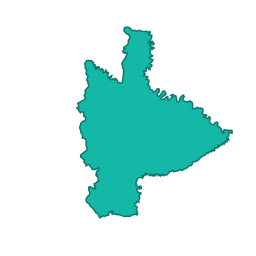 the district of Likolobeng, Maseru, Lesotho, rotated 317°
{"feature_id": "5366337B98429078950414", "entity_name": "Likolobeng", "entity_type": "district", "adm_level": 2, "iso_a3": "LSO", "parent_name": "Lesotho", "parent_adm1": "Maseru", "projection": "robinson", "projection_center": [27.995, -29.48], "detail": "fine", "context": "isolated", "style": "filled", "palette": "teal", "viewbox_px": 256, "rotation_deg": 317, "n_neighbors": 0, "source": "geoboundaries", "source_scale": "gbopen_adm2", "svg_char_len": 5877}
<svg xmlns="http://www.w3.org/2000/svg" viewBox="0 0 256 256"><g transform="rotate(317 128 128)"><path d="M194.2,204.6L193.4,203.0L193.6,202.4L196.2,202.6L198.6,199.8L200.6,202.8L202.1,201.3L202.1,200.4L197.9,196.1L197.4,195.0L196.3,195.1L194.9,196.7L193.7,196.3L195.4,192.4L195.6,190.2L194.8,187.3L196.7,186.2L197.4,185.2L197.0,184.3L195.5,183.6L192.7,184.0L192.0,183.1L191.4,180.5L192.0,178.8L194.7,177.0L195.3,175.8L194.7,175.0L192.9,175.6L190.8,171.3L191.4,171.1L193.0,172.6L194.2,172.4L194.1,171.7L192.7,170.4L192.2,167.9L195.1,166.2L195.7,164.6L195.4,163.7L193.4,161.9L192.7,160.2L189.3,159.0L188.9,158.3L189.1,157.1L191.8,154.3L192.4,152.2L191.5,150.2L189.6,149.7L188.0,148.4L187.3,145.6L187.8,144.2L190.5,143.4L191.0,141.9L189.6,141.3L187.9,141.3L185.9,141.9L184.3,143.3L182.0,143.1L182.0,141.7L184.8,137.4L183.2,133.6L181.5,133.4L182.1,135.6L180.2,135.4L177.8,135.9L176.9,135.5L176.6,134.5L178.2,132.8L178.1,131.6L174.8,131.5L172.1,130.5L171.8,129.6L172.1,128.4L178.5,129.2L179.5,128.1L179.9,126.3L179.5,125.4L178.4,124.9L175.4,125.9L172.3,126.0L171.5,124.7L171.7,123.5L173.0,122.8L175.8,122.8L177.3,120.7L177.0,119.9L175.9,119.3L173.5,119.9L171.4,119.3L171.1,118.9L171.6,116.7L170.5,114.6L171.9,113.0L172.3,109.7L174.1,109.1L175.9,107.2L174.6,104.7L174.8,104.3L176.2,104.6L177.3,104.3L177.3,103.6L175.0,100.4L175.4,99.9L177.4,100.2L177.5,97.1L178.2,96.9L178.9,98.3L180.5,98.7L181.8,97.1L183.5,96.5L183.8,97.0L183.3,99.6L183.8,100.2L185.4,98.7L187.5,99.0L188.3,98.5L188.4,97.8L187.2,95.6L188.4,95.2L189.1,95.8L191.1,95.8L192.8,95.0L191.5,92.6L191.4,91.0L192.0,90.9L194.3,92.2L195.3,91.9L194.6,89.2L196.2,87.5L197.4,85.1L199.0,85.3L198.7,87.0L201.6,87.4L201.9,86.6L200.3,85.0L200.0,82.5L200.6,82.4L203.7,84.4L204.5,84.2L205.0,81.4L202.0,81.5L201.0,80.4L201.2,79.2L202.5,79.3L202.8,80.6L203.4,80.8L204.5,78.8L206.6,78.3L208.6,76.4L206.7,73.8L207.4,73.2L209.2,73.6L209.8,73.1L209.6,72.2L208.2,72.6L208.2,71.7L207.5,71.3L207.9,70.6L207.3,69.5L205.8,68.7L204.0,66.7L202.9,64.1L201.0,63.7L199.3,61.0L197.8,60.1L197.5,56.4L196.8,54.2L194.5,52.4L193.0,52.7L191.3,54.3L191.1,57.5L192.1,60.2L191.3,63.6L188.1,64.1L185.5,66.6L182.8,66.8L180.0,66.0L179.3,66.9L179.8,67.8L179.4,68.2L177.5,68.0L176.4,68.5L176.0,69.5L177.0,71.7L178.5,71.9L177.4,73.7L174.8,74.4L173.8,75.3L172.1,75.2L167.8,76.5L166.8,77.5L166.6,79.0L165.2,80.3L164.7,82.6L155.2,90.8L152.8,90.1L152.7,88.9L151.5,87.7L152.7,85.9L152.6,83.3L151.4,83.9L151.0,81.9L148.7,81.2L148.0,80.4L148.4,79.2L150.7,79.5L151.8,78.6L149.7,78.4L147.8,77.6L148.4,77.3L148.6,75.6L151.4,74.4L151.1,73.6L150.1,73.5L149.9,72.8L150.8,72.5L151.2,70.5L148.9,71.4L147.4,70.6L147.7,69.7L149.2,69.1L149.5,68.4L149.3,66.8L147.6,66.5L147.5,65.0L148.4,64.2L148.4,63.6L147.7,63.0L144.8,63.4L144.4,62.8L144.8,62.0L146.6,62.0L145.9,61.6L146.0,60.7L145.4,60.0L147.1,59.2L146.0,58.4L146.8,56.7L147.6,56.5L146.9,54.9L147.2,53.8L146.4,52.9L145.5,52.8L145.1,51.5L144.0,50.6L140.7,51.2L139.9,51.9L139.3,53.5L137.4,55.1L137.7,56.0L136.8,57.9L134.3,59.6L133.9,63.1L130.6,64.6L130.3,66.7L129.1,68.0L128.5,70.7L122.0,71.3L121.2,73.3L118.3,74.2L117.2,76.9L116.0,77.7L108.2,75.7L106.3,79.2L104.3,78.4L104.1,80.4L104.5,80.8L103.7,82.5L103.6,84.4L104.8,84.4L106.3,86.1L105.9,87.1L103.7,89.1L104.3,91.0L103.2,92.6L101.2,93.4L99.5,92.3L96.8,92.4L93.2,94.6L92.1,96.0L92.2,97.3L90.7,98.6L89.9,102.3L87.8,104.3L89.2,106.2L89.1,108.4L85.3,112.3L84.5,114.6L83.2,116.1L75.0,115.5L73.5,117.0L74.2,118.7L73.8,120.5L74.3,121.4L73.7,122.5L72.6,122.8L72.5,125.8L71.5,126.9L74.4,128.1L74.3,131.6L73.6,133.4L74.3,134.9L77.1,136.5L79.3,136.8L79.6,137.1L79.2,137.8L77.7,138.6L75.5,138.5L72.7,140.4L73.3,141.2L72.3,141.3L72.3,143.7L70.1,147.0L69.0,146.2L66.9,146.4L65.2,145.7L64.7,147.3L64.3,147.1L64.4,148.2L62.9,148.9L63.5,149.7L62.1,150.1L61.2,148.5L61.1,147.1L60.5,146.7L60.4,145.1L58.8,144.6L57.2,146.3L55.9,149.6L53.7,150.8L52.3,150.5L48.8,151.4L47.9,152.3L47.2,154.6L48.0,157.0L47.2,158.2L47.4,163.7L46.8,168.0L47.6,171.4L46.4,173.0L46.2,174.5L49.6,175.2L51.3,177.1L53.1,177.4L54.1,178.4L56.8,176.9L57.6,176.9L58.1,178.0L59.6,177.8L60.1,178.9L58.0,179.2L57.6,180.4L59.4,181.1L60.1,182.9L63.0,186.2L64.7,189.8L69.5,194.1L71.1,194.1L74.9,196.4L75.2,197.6L77.0,197.0L77.0,195.2L77.9,195.1L78.8,193.2L80.5,192.3L80.8,191.3L80.2,189.9L81.1,187.6L81.7,187.5L82.8,188.6L84.5,187.9L85.4,189.6L85.9,188.5L88.9,187.1L90.1,184.9L92.5,184.9L93.1,184.4L93.1,183.9L92.1,183.9L92.0,182.4L91.3,181.6L92.4,178.6L93.2,178.8L96.0,181.3L97.0,181.0L97.7,179.2L96.8,178.7L95.6,179.1L94.8,175.3L95.9,175.0L96.5,173.1L98.6,172.6L100.6,171.2L103.7,172.7L104.5,174.6L105.5,173.9L105.7,172.6L106.7,172.9L106.6,173.9L107.6,173.2L108.4,174.0L109.6,173.2L109.3,174.6L110.4,174.2L111.6,176.0L111.1,177.3L112.2,178.1L113.5,177.9L113.3,178.6L114.0,178.8L113.3,179.5L113.8,179.7L114.0,180.7L114.9,180.8L114.6,180.5L115.4,180.1L115.4,181.1L116.8,180.5L117.0,181.7L118.5,182.4L117.9,183.0L118.7,183.0L118.8,184.9L119.5,184.4L119.7,185.2L120.8,184.8L121.0,185.3L120.4,185.6L122.2,186.4L121.7,187.1L122.7,187.2L124.3,188.8L126.7,188.7L127.5,188.1L127.7,188.6L128.7,188.3L130.0,189.3L131.5,189.3L132.0,189.6L131.7,191.1L134.6,193.0L138.2,194.2L138.3,195.6L138.8,195.8L144.6,197.5L147.0,197.2L148.6,198.5L150.4,198.3L151.9,196.9L154.9,198.8L157.8,199.5L159.7,199.0L162.2,199.5L164.2,199.1L164.9,200.2L166.1,200.4L168.7,199.7L168.6,200.5L169.2,201.2L169.6,200.6L170.9,200.8L172.1,201.3L172.1,201.7L173.7,201.1L174.0,201.5L173.4,202.2L174.6,202.4L175.1,203.1L175.5,202.3L175.2,201.7L176.2,203.3L176.8,202.3L177.6,202.4L178.0,201.8L178.4,202.8L180.1,203.0L180.4,203.7L181.4,202.7L181.3,203.6L182.4,203.7L182.7,202.7L183.1,203.6L184.1,203.4L184.3,204.1L185.9,204.3L186.2,203.8L186.8,204.3L187.5,203.8L187.9,204.5L188.8,204.4L188.0,205.2L189.1,204.9L189.6,204.2L190.1,204.8L191.1,204.3L191.2,205.4L192.2,204.3L193.0,204.9L193.6,204.5L193.7,205.3L194.2,204.6Z" fill="#14b8a6" stroke="#0f766e" stroke-width="1.5"/></g></svg>